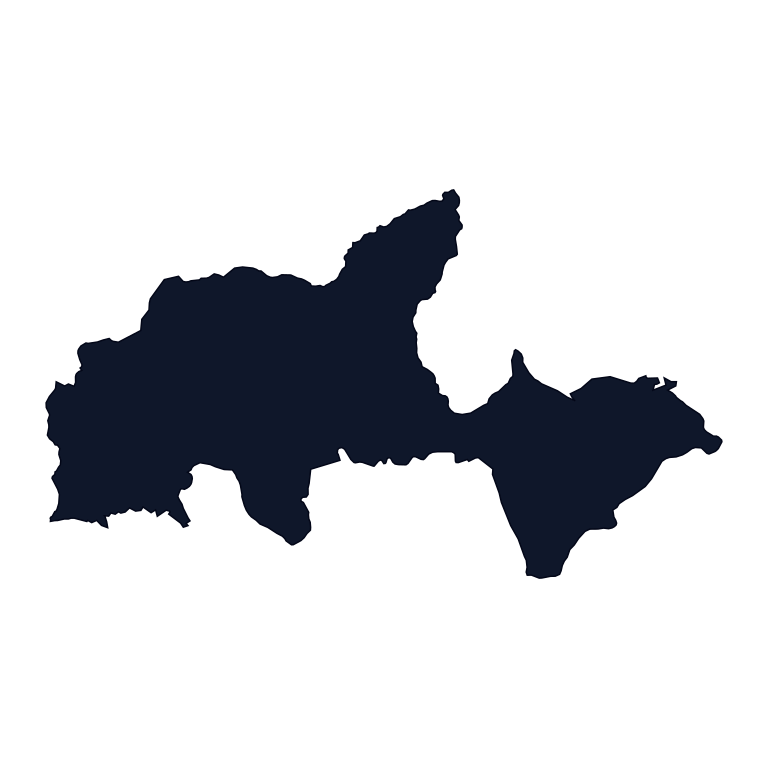 outline of Tepango de Rodríguez, Puebla, Mexico
{"feature_id": "50627088B77099076149354", "entity_name": "Tepango de Rodríguez", "entity_type": "district", "adm_level": 2, "iso_a3": "MEX", "parent_name": "Mexico", "parent_adm1": "Puebla", "projection": "albers", "projection_center": [-97.782, 20.011], "detail": "fine", "context": "isolated", "style": "filled", "palette": "ink", "viewbox_px": 768, "rotation_deg": 0, "n_neighbors": 0, "source": "geoboundaries", "source_scale": "gbopen_adm2", "svg_char_len": 6061}
<svg xmlns="http://www.w3.org/2000/svg" viewBox="0 0 768 768"><path d="M50.4,521.4L54.7,520.6L57.6,520.5L64.2,519.0L68.4,519.0L71.0,518.2L74.3,518.2L86.9,521.5L87.6,520.5L88.1,520.6L91.7,522.6L96.7,520.4L101.5,525.4L107.7,527.7L106.7,521.9L105.0,516.5L104.5,515.8L108.7,516.1L110.9,513.0L115.2,514.2L118.5,511.8L120.8,513.1L125.2,512.0L129.5,507.9L135.6,511.1L140.9,510.4L143.0,507.0L151.1,512.7L155.6,509.9L157.3,516.3L166.2,510.2L169.7,511.2L170.0,512.1L168.7,514.1L180.6,523.1L183.3,527.2L188.0,525.6L186.1,523.4L190.0,520.9L188.1,518.0L183.3,508.4L182.0,504.2L179.4,500.0L177.9,496.8L178.1,495.3L180.3,489.6L181.5,488.7L184.5,489.3L187.1,488.0L189.4,486.3L190.9,484.3L191.6,482.5L192.3,478.6L192.0,476.4L191.0,474.5L187.5,472.2L191.0,469.9L192.0,467.5L193.9,465.6L200.0,462.7L210.3,464.5L215.3,466.7L224.1,469.5L232.4,469.9L235.7,474.6L236.9,477.9L239.1,481.3L240.4,485.0L242.0,494.4L241.9,496.8L244.4,505.5L246.3,510.1L249.0,514.3L251.4,516.9L256.1,520.2L260.0,524.0L267.8,527.4L276.9,533.3L282.4,536.2L284.8,538.6L286.1,540.9L291.5,544.8L293.3,544.7L300.9,540.6L304.1,537.7L307.0,533.5L310.4,530.2L310.6,527.4L310.2,522.3L308.8,518.9L308.4,514.8L308.7,512.3L303.4,502.5L301.2,501.3L300.8,499.4L302.5,497.3L306.3,497.0L308.1,494.4L308.0,488.1L309.1,483.5L310.7,469.2L340.0,460.3L338.1,454.1L337.3,453.5L337.6,450.0L338.4,448.7L339.3,448.1L342.0,447.6L344.6,449.2L350.9,459.5L354.0,462.5L355.4,462.8L359.7,462.0L362.3,462.3L373.2,466.1L374.2,466.1L378.3,461.2L380.4,460.0L381.9,460.6L383.8,463.6L385.3,463.4L385.9,462.7L387.1,458.7L388.4,457.8L390.1,457.9L390.8,458.5L392.8,462.1L395.0,464.0L398.4,464.6L406.0,464.8L408.0,463.4L412.1,457.6L413.5,456.6L415.8,456.8L421.0,459.3L423.4,459.6L424.6,458.8L428.7,454.1L432.6,452.2L437.8,451.7L451.6,451.7L453.4,452.5L454.8,453.7L455.2,454.6L455.4,461.1L456.1,462.5L458.3,462.6L467.3,459.5L468.8,461.3L475.4,458.0L478.3,457.6L492.9,469.0L492.5,474.4L499.2,493.0L501.4,502.4L510.7,525.6L518.2,538.9L524.4,556.3L526.3,560.3L527.1,567.3L526.2,572.1L527.2,575.2L531.4,575.1L539.2,578.1L541.8,578.0L550.5,576.3L555.3,576.2L559.6,574.3L561.1,570.8L562.3,565.5L564.3,561.1L567.2,557.2L569.8,549.6L574.3,544.9L578.7,538.3L585.0,531.4L589.8,529.1L597.9,529.0L603.6,528.1L608.6,528.7L612.1,527.9L614.4,526.6L616.1,525.0L616.6,523.1L615.7,520.3L613.9,517.1L612.8,510.0L616.9,507.4L619.1,503.7L625.2,499.5L632.6,495.6L645.2,486.5L651.6,478.7L661.9,461.3L665.9,458.6L669.5,457.4L676.1,456.9L682.6,454.8L686.9,452.3L691.9,448.6L695.4,447.5L701.4,447.9L706.9,453.3L709.0,454.0L715.0,451.5L716.4,450.5L718.3,448.6L721.9,441.8L721.6,440.1L718.4,437.0L716.4,436.1L713.5,436.2L706.4,431.8L704.3,429.6L703.4,427.4L703.8,421.0L702.9,418.7L699.7,414.3L686.0,405.3L682.5,401.8L680.5,400.7L676.4,397.4L675.5,395.9L672.4,393.0L667.6,390.1L675.8,385.9L676.4,381.7L671.1,381.7L664.2,377.9L666.0,385.1L653.0,390.2L654.5,384.5L657.0,384.1L659.4,382.8L657.5,378.0L647.3,378.3L645.9,376.7L645.8,375.8L638.8,378.4L636.7,381.3L634.2,383.2L630.8,383.1L610.1,376.7L591.9,379.1L581.1,388.5L570.3,393.8L571.9,397.0L575.2,400.8L567.4,397.3L557.5,390.8L541.5,383.8L538.0,381.0L534.4,379.2L528.9,372.8L522.7,362.3L522.8,358.0L521.3,354.1L518.1,351.1L515.6,349.7L514.3,350.8L514.0,353.5L511.7,360.2L513.0,374.0L512.8,376.4L510.4,378.4L508.2,383.3L505.8,384.7L498.6,391.6L495.1,393.1L492.3,394.9L489.1,398.8L487.7,403.6L483.7,405.3L470.7,413.1L462.2,414.5L454.3,413.2L450.7,410.2L448.7,407.5L448.0,405.0L448.3,401.3L447.9,398.8L446.9,396.9L445.2,395.8L442.5,395.6L438.4,393.1L438.7,389.0L438.0,385.2L435.2,383.3L435.1,378.1L434.1,375.7L432.9,373.8L431.1,372.3L427.4,369.5L422.1,366.7L421.0,362.1L418.0,357.9L416.6,352.7L416.8,348.5L416.2,342.6L416.7,339.2L416.1,336.9L416.8,333.2L415.4,331.2L413.3,326.5L412.2,321.5L413.0,317.2L415.8,312.8L415.9,310.0L417.2,304.2L420.5,300.4L422.1,299.6L427.6,299.1L430.4,297.1L432.7,293.3L435.0,292.6L435.6,291.4L435.1,289.8L435.0,286.9L436.7,283.8L440.1,280.1L440.6,278.9L442.1,274.0L442.2,272.1L444.0,265.1L445.5,262.4L448.1,258.9L456.3,255.5L457.3,254.2L456.5,246.5L455.3,239.3L455.4,236.5L459.7,229.9L461.7,228.7L462.1,227.1L462.1,225.0L458.8,220.4L459.3,217.0L458.7,215.2L455.1,209.5L458.6,205.5L459.3,202.8L459.4,200.4L458.9,197.2L455.5,193.0L453.7,189.9L451.8,190.2L448.3,192.4L444.8,192.3L442.9,194.3L442.6,195.5L443.7,198.3L443.6,199.2L441.9,201.2L439.5,201.3L435.1,200.5L432.3,200.6L426.9,203.1L424.0,205.2L420.3,206.1L414.7,209.1L410.3,210.2L408.5,209.9L404.9,214.0L403.3,214.4L400.4,216.7L394.3,218.6L390.1,223.8L386.7,226.4L383.7,227.0L380.0,225.7L378.5,227.2L377.2,227.5L377.0,231.2L375.9,232.6L374.1,233.2L369.2,233.0L368.6,233.7L364.3,235.0L360.3,240.8L355.1,242.7L352.9,242.6L352.6,247.5L348.2,249.9L348.1,253.1L344.9,256.0L344.4,257.1L344.3,258.7L345.9,261.2L345.6,266.6L342.3,269.3L339.6,274.2L338.8,276.5L336.7,279.3L333.9,281.3L331.6,281.8L330.2,283.2L325.9,285.3L324.7,286.5L322.8,286.7L320.1,285.5L315.7,286.2L311.3,286.0L310.3,283.6L304.5,280.2L301.5,278.9L297.5,278.1L290.8,275.0L281.7,274.8L277.6,276.8L272.4,277.5L270.2,277.2L266.7,275.7L261.1,271.0L258.7,270.9L256.4,269.4L252.9,268.1L242.6,267.0L234.6,268.1L223.5,277.2L218.8,275.0L214.2,273.9L209.1,277.4L206.5,278.2L201.1,278.3L199.5,279.9L190.9,280.8L188.7,281.7L185.9,282.0L183.2,281.5L178.5,276.3L164.3,279.6L150.4,298.8L149.4,302.8L149.0,310.0L141.8,319.3L140.8,330.5L118.4,342.2L112.9,341.3L111.3,340.5L109.2,338.5L103.2,340.0L97.5,342.0L88.2,343.4L85.9,343.0L80.9,346.0L78.7,349.1L78.0,350.8L77.9,353.3L79.8,359.7L82.1,364.9L81.5,366.9L80.1,368.0L81.8,370.4L78.8,371.6L76.6,373.6L76.0,374.7L75.5,376.8L75.6,382.5L74.0,386.3L68.4,384.0L64.7,386.0L56.2,381.8L55.6,388.3L54.7,390.0L49.4,396.5L46.1,402.8L46.3,407.6L49.4,413.9L49.6,415.3L47.8,420.7L48.8,424.7L48.9,427.3L47.4,435.1L49.6,438.8L53.3,441.7L55.1,444.8L56.4,445.1L57.2,444.8L59.9,448.5L59.0,452.0L58.9,454.6L60.8,460.7L60.3,465.0L58.6,467.1L56.4,471.1L55.1,471.8L54.8,474.5L52.5,476.5L52.0,478.2L57.7,489.2L59.4,494.3L58.8,503.4L57.0,509.4L55.6,511.6L54.8,511.6L52.2,516.4L50.7,517.2L50.2,518.3L50.6,519.3L50.4,521.4Z" fill="#0f172a" stroke="#020617" stroke-width="1.5"/></svg>